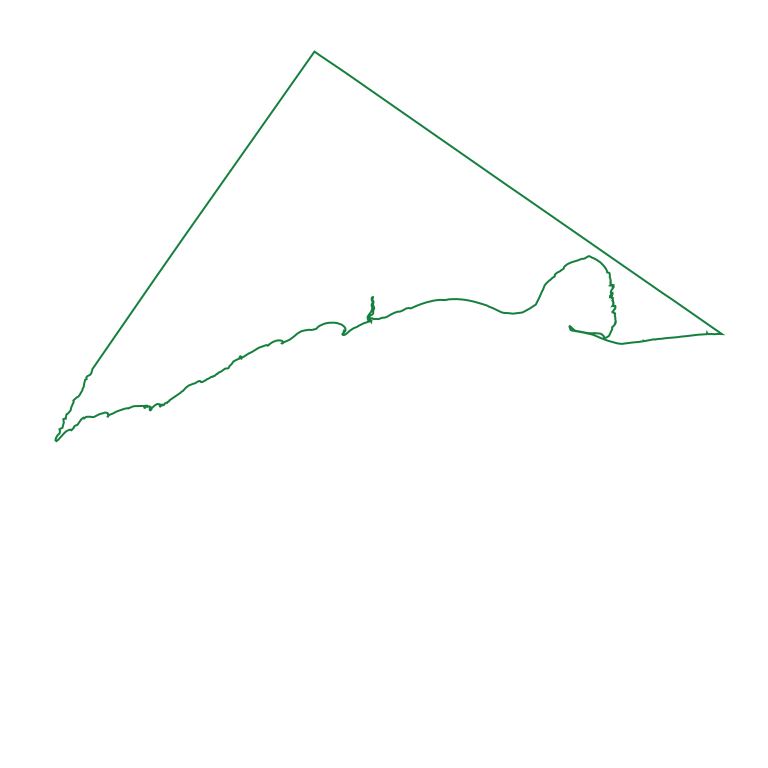 Río Grande, Tierra del Fuego, Argentina (Robinson projection), rotated 125°
{"feature_id": "61730980B7053808465014", "entity_name": "Río Grande", "entity_type": "district", "adm_level": 2, "iso_a3": "ARG", "parent_name": "Argentina", "parent_adm1": "Tierra del Fuego", "projection": "robinson", "projection_center": [-67.769, -53.608], "detail": "fine", "context": "isolated", "style": "outline", "palette": "green", "viewbox_px": 768, "rotation_deg": 125, "n_neighbors": 0, "source": "geoboundaries", "source_scale": "gbopen_adm2", "svg_char_len": 6142}
<svg xmlns="http://www.w3.org/2000/svg" viewBox="0 0 768 768"><g transform="rotate(125 384 384)"><path d="M618.7,619.6L617.1,619.0L607.4,617.7L605.2,617.2L603.8,616.6L601.9,615.4L601.3,614.7L601.4,614.3L601.2,613.5L597.8,613.0L597.5,613.3L596.1,613.3L594.8,612.8L593.4,611.7L586.4,611.7L584.1,610.9L583.8,610.7L583.6,610.0L583.8,609.8L581.9,609.2L581.2,608.5L579.3,605.8L578.6,604.1L577.4,602.7L572.0,599.8L567.4,596.1L566.7,594.9L566.4,593.8L566.5,593.3L567.0,593.1L567.6,591.9L569.1,591.7L569.0,591.4L567.9,591.5L566.7,591.2L563.0,588.7L561.2,588.0L558.8,586.5L552.8,582.1L551.4,580.7L550.8,579.9L550.8,579.5L549.2,578.7L548.8,578.2L547.4,577.5L545.5,576.0L540.1,568.7L539.9,568.3L540.1,567.6L540.9,566.7L540.8,566.2L540.0,566.2L539.6,566.4L539.4,566.7L540.2,566.9L540.2,567.2L539.7,567.7L539.4,567.7L537.9,566.0L537.6,565.4L537.8,564.8L538.7,564.7L539.2,564.4L538.2,564.6L537.7,564.3L536.9,563.2L536.7,562.3L537.0,561.8L537.8,561.9L539.0,561.5L539.7,560.8L539.5,560.2L538.4,560.0L536.7,560.4L532.8,559.4L530.8,558.5L530.1,557.8L530.0,557.0L529.4,556.4L529.2,555.7L529.5,554.8L530.7,554.9L530.9,554.6L530.8,554.3L529.8,554.1L529.0,554.6L528.4,554.0L528.9,553.8L528.4,553.0L527.1,552.2L526.3,552.4L524.8,551.9L523.9,550.9L522.8,551.0L521.8,550.2L520.6,550.4L507.5,545.5L506.6,545.5L504.9,544.7L500.8,544.2L497.3,543.1L493.5,540.6L491.8,539.2L489.0,538.0L487.6,537.1L487.1,536.5L487.0,536.1L487.4,535.5L487.2,534.5L486.2,533.8L483.6,532.4L481.2,531.5L479.9,530.6L477.7,529.8L477.0,529.4L476.4,528.4L475.4,528.3L474.3,527.3L471.7,526.8L471.2,526.2L469.4,526.0L468.2,525.1L466.2,524.2L462.6,523.0L460.6,520.7L459.9,520.5L457.7,520.8L455.1,520.2L452.0,520.3L448.6,518.6L445.3,516.5L444.5,516.6L444.7,516.9L444.2,517.2L444.4,517.6L443.8,517.6L443.6,517.3L443.7,517.1L443.7,516.8L444.7,516.2L444.9,515.4L443.6,515.5L442.2,514.6L437.0,512.5L433.4,510.5L426.2,507.4L419.6,502.7L419.3,501.9L419.4,501.4L418.8,501.0L418.1,501.0L417.8,500.6L417.2,500.7L413.4,499.2L410.3,497.1L408.8,495.5L407.2,492.7L407.2,491.8L407.4,491.2L408.3,490.7L409.3,491.0L409.3,490.7L409.0,490.5L406.7,489.7L403.1,487.4L401.3,486.5L397.4,485.2L392.4,483.9L388.6,482.2L386.2,480.3L382.4,476.3L381.4,474.4L378.3,471.6L377.5,471.1L375.4,470.8L373.4,470.2L369.5,467.9L367.7,466.5L365.6,464.4L362.4,460.1L360.9,457.0L359.7,453.0L359.7,450.6L360.0,448.9L360.8,447.3L361.4,446.8L362.6,446.2L365.4,446.2L363.2,447.1L363.2,447.3L364.3,447.0L365.4,446.4L366.2,446.7L367.1,446.6L367.3,445.5L366.5,444.6L364.9,443.7L359.8,442.5L356.2,441.1L352.3,438.7L350.4,437.9L345.9,435.4L341.7,432.3L340.2,430.9L340.4,430.2L339.6,430.7L338.5,430.9L339.6,430.9L340.3,431.5L340.6,432.3L340.7,433.8L338.9,435.7L337.0,436.1L332.0,436.0L328.5,437.0L326.9,439.1L325.7,439.7L323.7,440.1L323.1,440.6L322.3,442.1L321.5,442.9L320.6,443.3L319.8,443.4L319.2,442.9L319.7,442.5L320.6,442.5L321.1,442.3L321.8,441.4L322.3,440.2L322.9,439.6L325.5,438.4L327.1,435.9L327.8,435.4L330.0,434.9L332.4,433.4L333.0,433.3L333.9,433.5L335.3,434.3L337.5,434.6L337.7,434.2L338.9,433.8L338.9,433.3L338.5,432.7L337.7,432.3L336.9,431.4L336.9,429.8L335.4,428.1L334.0,425.7L330.4,423.2L329.8,422.0L327.5,420.2L322.7,418.0L319.2,416.0L316.8,414.1L315.6,412.5L312.6,410.6L309.5,409.2L307.6,407.4L306.7,405.4L301.8,402.5L296.9,399.2L292.1,395.5L287.4,391.3L285.3,389.1L283.0,386.4L280.1,381.9L277.6,379.6L276.1,377.7L273.0,373.5L269.8,368.2L267.8,364.3L265.0,357.8L262.3,349.9L260.5,344.1L260.5,342.7L259.5,338.8L257.9,329.0L257.1,326.8L254.4,322.4L252.5,318.8L246.0,311.6L238.6,307.9L231.8,305.2L223.9,306.4L216.9,307.8L215.7,307.8L211.1,309.0L208.0,308.7L204.2,307.9L203.1,307.4L200.4,306.9L198.0,305.9L197.7,305.9L196.6,306.7L194.9,306.5L193.2,305.9L190.4,304.3L189.3,304.2L186.6,303.0L184.6,303.6L181.2,302.7L179.3,301.8L175.8,299.5L172.1,296.5L167.9,293.7L167.3,292.7L166.2,291.7L161.9,289.7L161.4,288.6L161.2,286.3L160.7,284.1L160.3,280.5L160.3,276.2L161.3,271.1L161.9,269.8L161.8,269.5L163.2,266.7L164.6,265.1L164.1,264.2L163.8,263.2L163.9,262.8L165.7,261.1L167.1,260.3L167.8,259.1L170.2,256.8L170.6,256.7L170.8,256.9L171.3,256.5L171.2,256.3L172.3,255.4L172.9,255.4L172.9,254.5L173.3,254.7L173.1,254.3L171.9,254.0L171.4,252.6L172.4,252.5L173.4,252.2L173.1,251.5L175.5,251.4L176.2,251.6L178.6,251.0L179.4,250.2L179.0,249.8L179.7,249.8L180.0,249.5L179.8,249.1L178.9,248.6L179.1,248.4L180.6,248.7L182.0,249.4L182.7,249.0L181.8,248.7L181.3,248.0L183.7,247.6L183.0,247.7L182.1,247.3L183.0,246.8L182.5,246.4L182.3,245.9L184.2,244.5L184.7,244.6L184.6,244.0L185.1,243.6L184.6,243.4L185.4,243.3L185.9,242.5L186.6,242.5L187.4,241.8L188.7,241.7L187.9,241.2L188.4,240.9L188.6,240.6L188.4,240.1L187.5,239.3L188.2,238.5L189.5,237.9L190.1,237.9L191.3,238.3L192.7,238.0L193.9,238.3L194.2,238.0L193.7,236.9L194.0,236.7L194.1,236.4L193.7,235.9L193.6,235.4L194.0,234.8L195.9,234.0L196.7,232.7L198.7,231.4L199.0,230.8L200.3,229.7L200.7,230.0L201.1,229.9L201.5,229.4L201.7,229.6L202.7,229.0L204.2,229.3L205.1,229.2L206.7,229.7L207.4,229.0L208.4,228.5L215.5,227.3L218.0,228.3L219.3,229.3L219.6,229.9L219.5,230.4L218.9,231.2L218.6,232.9L218.4,233.3L218.5,234.9L218.9,236.2L221.6,240.7L223.5,243.2L225.4,246.3L230.7,258.0L230.8,258.6L230.5,260.1L230.6,260.9L230.0,263.9L230.0,265.0L230.6,265.0L232.7,262.1L232.3,260.6L227.7,250.7L224.2,242.3L223.5,239.9L222.0,232.8L220.1,225.3L216.9,216.2L214.9,212.4L206.9,203.6L203.3,199.3L199.8,195.7L199.6,195.9L199.5,195.4L198.5,194.3L193.0,189.0L192.2,187.9L192.3,187.7L189.5,184.9L188.2,183.1L184.4,179.0L177.7,170.9L174.6,167.6L171.4,163.8L163.5,155.0L158.0,148.1L157.8,148.0L156.8,148.6L157.2,147.5L157.0,146.7L155.2,144.4L153.7,141.9L151.7,139.5L149.3,135.8L149.5,198.6L149.7,205.3L150.4,371.3L150.6,396.9L151.1,596.0L151.6,624.4L151.6,631.6L376.6,632.2L427.5,632.1L539.0,631.4L543.2,629.9L545.1,630.0L547.5,631.4L549.4,631.6L550.6,630.4L551.9,631.2L555.4,629.9L558.7,628.3L560.6,628.2L562.1,627.5L567.9,627.0L569.9,627.2L571.3,628.0L575.7,629.0L576.7,627.9L582.0,626.9L585.5,625.6L589.3,625.9L591.0,626.7L595.1,624.8L595.6,625.9L596.8,626.5L599.1,624.2L604.3,622.3L607.2,623.9L608.3,622.5L610.4,621.4L613.0,622.0L615.9,621.8L618.5,620.9L618.7,619.6Z" fill="none" stroke="#15803d" stroke-width="2"/></g></svg>